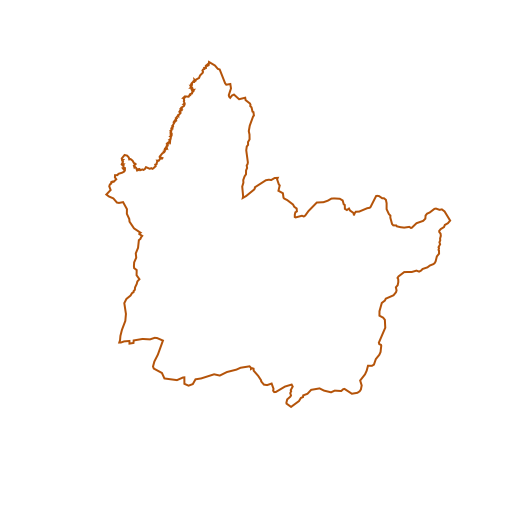 the district of Atwima Kwanwoma, Ashanti, Ghana, rotated 219°
{"feature_id": "2480657B14749544754301", "entity_name": "Atwima Kwanwoma", "entity_type": "district", "adm_level": 2, "iso_a3": "GHA", "parent_name": "Ghana", "parent_adm1": "Ashanti", "projection": "equal_earth", "projection_center": [-1.697, 6.59], "detail": "fine", "context": "isolated", "style": "outline", "palette": "amber", "viewbox_px": 512, "rotation_deg": 219, "n_neighbors": 0, "source": "geoboundaries", "source_scale": "gbopen_adm2", "svg_char_len": 6140}
<svg xmlns="http://www.w3.org/2000/svg" viewBox="0 0 512 512"><g transform="rotate(219 256 256)"><path d="M411.0,209.6L407.7,209.7L403.1,211.0L397.7,210.0L395.9,211.0L393.2,214.2L385.8,211.2L382.9,207.5L377.8,205.0L375.9,203.1L368.2,200.7L360.5,201.4L360.9,200.5L360.5,199.6L357.1,200.0L357.1,198.1L356.6,196.7L357.0,194.6L352.8,188.1L351.1,182.4L348.0,179.3L346.7,174.4L344.5,171.3L343.1,169.9L339.9,170.0L336.7,165.9L332.0,164.6L332.2,161.6L331.1,159.2L330.2,155.4L328.9,153.5L329.0,151.7L328.4,150.8L329.0,149.1L328.6,146.3L329.7,141.1L328.7,136.5L320.6,129.1L316.7,123.3L313.7,114.2L311.1,108.6L308.6,104.9L307.8,102.7L306.5,103.8L304.7,106.7L300.9,110.3L299.2,108.3L296.5,111.3L297.9,113.4L292.0,120.1L285.9,124.5L283.2,128.7L281.2,130.0L275.1,131.7L270.2,117.6L268.6,110.1L266.5,105.3L264.6,104.2L255.5,105.9L250.1,103.2L239.3,109.8L236.3,115.6L235.3,116.6L231.2,111.6L226.8,112.8L224.5,116.7L225.4,122.1L221.6,126.3L214.1,137.7L208.9,140.3L205.6,147.5L199.7,155.4L197.7,159.4L191.6,166.2L189.4,165.9L188.8,165.1L188.3,166.4L187.0,166.9L185.6,165.4L178.8,164.2L173.8,162.6L173.0,161.8L168.9,161.0L166.1,162.7L163.6,166.7L158.8,163.8L157.9,162.1L156.2,161.7L155.0,162.8L151.3,172.8L147.4,178.5L145.3,177.6L144.6,173.6L143.6,173.1L143.1,171.0L141.0,169.6L140.8,168.3L141.5,164.2L140.1,161.2L139.4,160.5L133.8,160.8L131.3,170.3L131.8,173.9L130.7,176.0L131.6,177.4L129.3,181.3L128.9,186.7L123.3,193.1L118.4,194.2L111.9,197.3L110.1,200.9L104.8,204.7L104.4,207.4L103.6,208.4L94.8,209.3L91.1,213.5L90.3,216.1L90.5,218.3L92.4,221.9L96.7,224.8L96.8,232.6L97.8,236.5L99.9,241.2L96.8,243.6L96.0,245.8L98.0,251.3L98.0,256.9L98.8,259.8L102.2,265.1L103.0,265.6L104.7,265.1L106.0,266.0L110.4,281.6L115.7,287.5L118.4,288.1L122.5,287.3L125.3,290.8L128.7,298.7L127.8,302.5L128.3,304.5L124.4,312.0L124.4,316.0L125.1,317.7L127.6,319.7L127.5,322.4L129.0,325.3L130.9,327.5L132.2,328.0L132.4,329.8L130.7,336.8L124.8,341.7L122.1,345.6L119.4,346.5L118.5,348.7L118.4,350.7L115.6,355.1L114.9,358.0L113.0,361.4L112.7,362.9L113.0,364.8L115.2,369.5L115.2,373.0L117.2,375.4L118.0,375.6L118.7,377.3L119.7,377.7L120.3,381.0L122.1,382.1L122.6,384.0L124.0,385.5L125.0,387.9L126.6,389.5L128.7,390.0L129.4,390.8L129.4,393.1L128.1,396.8L128.8,399.0L127.5,402.2L127.4,405.7L137.5,409.3L140.9,409.2L142.4,407.4L146.0,406.1L147.0,404.9L148.4,399.1L149.7,396.6L149.7,394.2L147.9,391.6L148.2,388.5L151.9,382.5L152.7,376.0L153.2,375.3L155.2,375.1L158.7,371.3L161.9,369.3L165.2,367.7L166.2,368.0L168.6,366.2L170.4,366.5L175.7,370.3L177.0,372.0L179.1,372.2L184.0,374.6L187.7,379.2L190.4,381.4L192.9,381.4L194.2,380.3L198.0,380.0L199.6,379.1L200.4,378.2L197.8,366.1L198.0,365.0L199.6,363.2L203.8,355.4L206.3,353.2L206.2,351.0L205.4,349.2L207.3,350.8L211.5,350.5L213.6,351.4L214.3,348.9L216.6,348.6L219.1,351.5L220.4,351.4L223.6,353.7L226.9,353.2L231.4,350.0L233.5,348.1L235.0,344.2L237.4,340.3L242.4,335.8L243.5,324.0L243.2,318.4L243.7,316.8L245.6,316.2L249.5,310.9L250.4,310.7L251.9,312.6L252.9,314.7L252.3,316.4L254.3,318.5L257.2,318.3L259.6,319.3L266.9,319.1L270.2,318.4L271.3,318.6L274.6,321.7L279.6,320.8L282.0,325.8L283.3,326.0L287.9,328.9L288.3,330.4L290.6,328.3L292.0,324.6L294.0,323.4L296.0,321.1L300.1,308.7L299.4,307.7L299.3,306.4L301.4,296.4L302.8,292.8L303.5,294.2L310.4,301.3L311.9,305.0L313.7,307.0L315.0,310.7L315.2,313.2L317.6,316.3L318.3,318.8L320.2,320.5L320.4,322.1L321.2,323.6L330.1,332.0L332.1,335.3L332.1,337.4L333.9,339.5L334.4,342.6L337.5,346.3L340.2,348.5L342.9,353.4L346.1,362.7L346.0,363.8L348.5,366.2L349.6,366.0L353.0,368.7L354.8,368.9L355.5,370.1L356.7,370.7L362.2,370.6L364.0,372.2L367.8,367.2L374.7,367.6L375.7,365.5L375.6,362.7L377.1,362.9L378.4,363.9L380.9,370.5L384.2,373.5L386.9,370.4L388.7,370.8L401.6,378.1L403.4,377.4L407.8,378.2L414.6,377.2L412.9,374.5L413.7,372.6L413.7,373.8L414.3,374.2L414.7,372.2L413.3,370.7L414.6,369.6L413.8,368.9L414.5,367.5L414.3,366.4L413.1,365.8L412.7,364.9L413.1,361.1L412.3,358.5L413.6,355.4L413.3,354.2L414.8,354.3L414.0,353.6L414.5,352.8L413.8,352.2L414.5,351.7L414.7,349.4L414.3,348.2L413.8,349.1L413.3,348.3L413.1,347.3L413.7,347.0L412.6,346.6L412.7,345.6L411.8,346.3L411.2,345.1L410.4,344.7L410.4,345.9L409.5,345.3L409.0,345.8L409.1,344.5L408.4,344.7L408.5,342.8L408.0,342.1L408.8,340.8L408.4,339.9L409.0,339.8L408.6,337.4L411.7,335.3L412.0,333.0L411.1,333.5L411.1,332.7L409.8,331.8L409.5,330.8L407.7,329.8L407.8,328.7L407.1,329.2L406.8,328.8L406.4,327.1L407.4,324.3L406.2,323.7L407.0,322.9L405.8,322.4L406.5,321.8L405.5,320.6L406.4,320.6L406.3,319.8L404.7,319.5L404.7,317.4L405.2,316.8L404.4,315.8L405.0,315.8L405.0,313.6L404.3,313.2L404.9,312.5L404.3,312.0L403.9,310.0L403.6,311.3L403.2,311.0L403.7,309.2L404.3,309.5L404.2,308.3L403.4,308.4L402.9,305.2L402.3,304.8L402.7,304.2L401.9,303.9L402.1,302.5L401.2,302.3L401.7,301.5L400.9,301.0L401.2,299.4L400.3,299.3L400.0,298.1L398.7,298.2L398.2,297.6L399.3,297.3L398.5,296.4L397.6,296.6L397.3,295.9L397.8,294.9L397.0,294.9L396.1,293.3L396.3,292.4L395.9,292.6L395.7,291.4L395.3,291.6L394.5,290.4L395.6,290.7L394.8,288.7L395.7,288.6L395.9,287.6L395.0,287.7L395.1,286.3L394.1,286.1L394.5,284.9L393.3,283.9L394.3,283.9L394.1,283.0L393.3,282.9L394.3,282.1L394.1,281.5L393.3,281.7L393.5,280.9L392.9,280.2L393.5,279.2L392.7,278.8L393.4,276.8L393.4,272.6L393.0,272.2L390.4,273.2L390.3,272.6L391.8,271.4L391.5,269.1L392.8,268.0L392.0,267.7L392.1,266.7L391.1,264.9L391.8,263.6L390.5,262.7L391.0,259.4L391.4,258.5L392.6,258.4L393.5,256.9L397.4,255.8L397.1,253.7L397.6,252.1L398.7,251.8L400.0,249.8L401.3,250.3L402.3,249.2L401.6,248.6L402.2,247.6L404.5,249.0L406.1,249.1L406.2,248.3L407.8,249.4L407.3,251.5L407.6,251.8L409.4,251.4L411.9,252.4L414.5,252.4L415.3,251.3L416.8,252.5L419.3,252.9L421.7,251.8L421.7,247.3L420.6,246.4L419.8,247.0L419.8,245.8L418.6,245.5L418.2,243.4L417.3,243.8L417.8,242.7L417.0,242.5L416.1,243.3L414.9,241.4L413.8,241.6L413.5,240.9L414.3,240.3L412.9,240.0L412.6,241.1L411.7,239.9L411.6,238.6L412.4,236.6L414.6,233.3L414.6,231.6L416.4,230.1L415.1,228.3L412.9,227.7L413.3,224.2L414.0,224.0L414.0,223.3L414.7,223.0L415.0,222.2L414.1,221.2L414.6,219.7L413.9,217.8L410.5,215.8L411.0,209.6Z" fill="none" stroke="#b45309" stroke-width="2"/></g></svg>